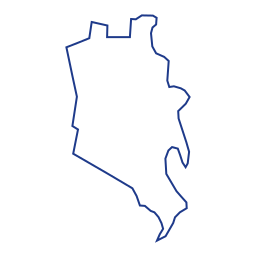 outline of São Valentim do Sul, Rio Grande do Sul, Brazil
{"feature_id": "56859067B59584339293430", "entity_name": "São Valentim do Sul", "entity_type": "district", "adm_level": 2, "iso_a3": "BRA", "parent_name": "Brazil", "parent_adm1": "Rio Grande do Sul", "projection": "equal_earth", "projection_center": [-51.744, -29.065], "detail": "fine", "context": "isolated", "style": "outline", "palette": "blue", "viewbox_px": 256, "rotation_deg": 0, "n_neighbors": 0, "source": "geoboundaries", "source_scale": "gbopen_adm2", "svg_char_len": 870}
<svg xmlns="http://www.w3.org/2000/svg" viewBox="0 0 256 256"><path d="M131.1,19.0L129.9,37.1L107.1,37.1L107.4,25.5L91.7,22.0L89.3,38.2L77.9,42.8L66.4,47.3L72.4,75.9L76.9,96.7L72.4,126.0L78.0,129.5L73.2,153.7L107.4,173.5L132.4,188.3L136.6,196.0L139.9,205.5L144.9,205.9L150.7,210.9L154.4,212.3L158.5,217.1L161.5,223.2L163.1,228.8L159.8,234.2L157.0,240.6L165.6,236.2L173.2,223.0L175.0,217.3L179.9,212.3L186.7,208.2L186.4,202.4L181.4,196.8L176.5,191.2L166.3,173.9L165.4,158.6L168.4,150.5L172.0,147.1L177.8,148.6L180.2,155.3L182.5,162.5L185.6,167.2L187.7,163.4L189.1,151.8L186.4,142.4L178.6,118.5L178.2,111.1L185.8,103.7L189.6,97.0L184.7,90.5L180.8,88.3L173.9,86.3L169.3,87.0L167.3,80.6L168.7,61.0L164.2,56.9L156.1,53.3L152.3,46.4L151.0,33.2L152.5,27.5L156.1,24.5L156.6,17.8L152.9,15.6L141.8,15.4L135.8,19.3L131.1,19.0Z" fill="none" stroke="#1e3a8a" stroke-width="2"/></svg>